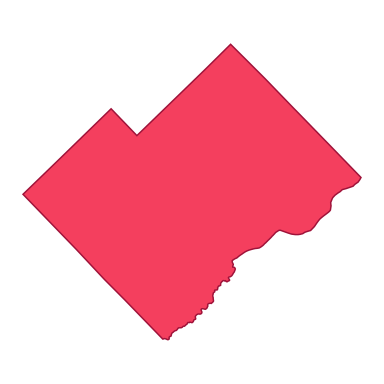 Picún Leufú, Neuquén, Argentina
{"feature_id": "61730980B82324044769491", "entity_name": "Picún Leufú", "entity_type": "district", "adm_level": 2, "iso_a3": "ARG", "parent_name": "Argentina", "parent_adm1": "Neuquén", "projection": "mercator", "projection_center": [-69.301, -39.408], "detail": "fine", "context": "isolated", "style": "filled", "palette": "rose", "viewbox_px": 384, "rotation_deg": 0, "n_neighbors": 0, "source": "geoboundaries", "source_scale": "gbopen_adm2", "svg_char_len": 4672}
<svg xmlns="http://www.w3.org/2000/svg" viewBox="0 0 384 384"><path d="M76.5,249.6L104.4,279.4L124.8,299.9L162.6,338.9L162.8,339.1L163.0,339.1L163.4,338.9L163.8,338.7L164.5,338.6L165.6,338.8L166.4,339.1L167.4,339.6L168.1,339.7L168.5,339.4L169.0,339.2L169.2,338.8L169.1,338.2L169.1,337.6L169.3,337.1L169.4,336.9L169.5,336.9L169.6,336.7L170.0,336.5L170.4,336.4L170.9,336.1L171.1,336.0L171.2,335.3L171.2,335.2L171.3,335.0L171.4,334.9L171.4,334.2L171.7,333.7L172.0,333.1L172.5,332.6L173.1,332.3L173.2,332.2L173.9,331.5L174.6,331.0L174.7,330.9L175.2,330.7L175.8,330.6L176.3,330.4L176.6,330.2L176.9,329.8L177.4,329.3L177.7,328.8L177.7,328.7L178.0,328.4L178.2,328.1L178.5,327.9L178.8,327.9L179.0,327.8L179.8,327.8L180.2,327.7L180.6,327.8L180.9,327.7L181.3,327.7L181.8,327.5L182.3,327.2L182.7,326.7L183.0,326.5L183.3,326.3L183.4,326.2L183.6,326.2L183.8,326.2L184.0,326.2L184.5,326.2L184.9,325.8L185.2,325.6L185.5,325.3L185.6,325.1L185.9,324.9L186.1,324.7L186.7,324.3L187.0,324.1L187.2,323.8L187.2,323.7L187.4,323.2L187.6,322.8L187.7,322.7L187.9,322.5L188.7,322.6L189.4,322.6L189.7,322.3L190.0,322.1L190.9,322.4L191.5,322.6L192.2,322.6L192.5,322.3L193.0,321.9L193.3,321.6L193.5,321.0L193.7,320.4L194.0,319.9L194.4,319.6L194.5,319.5L195.2,319.4L195.5,319.2L195.7,318.8L195.6,318.3L195.5,317.8L195.4,317.4L195.3,317.0L195.4,316.3L195.8,315.7L196.1,315.3L196.8,314.6L197.0,314.5L197.3,314.4L197.5,314.3L198.1,314.0L199.2,314.0L199.7,314.1L200.1,314.1L200.7,313.9L201.3,313.6L201.7,313.1L201.8,312.8L201.9,312.0L201.7,311.5L201.4,310.9L201.2,310.3L201.1,309.8L201.2,309.7L201.3,309.3L201.5,309.0L201.9,308.8L202.3,308.7L203.3,308.8L203.7,308.9L204.3,309.0L205.1,309.3L205.4,309.2L205.5,309.2L206.2,308.8L206.6,308.4L207.0,308.0L207.1,307.8L207.2,307.5L207.3,307.1L207.7,306.5L207.8,306.1L207.8,305.5L207.7,305.3L207.6,305.1L207.7,304.6L207.9,304.2L208.2,303.9L208.3,303.8L208.8,303.5L210.2,303.3L211.1,303.3L211.3,303.4L212.5,302.4L212.9,301.9L213.2,301.7L213.5,301.1L213.5,300.7L213.4,299.9L213.2,299.2L213.2,298.2L213.1,297.2L212.9,296.9L212.8,296.0L212.8,295.1L213.1,294.3L213.2,293.7L213.2,293.3L213.4,293.0L213.6,292.6L214.2,292.2L214.7,291.8L214.8,291.3L214.7,290.8L214.6,290.4L214.9,290.1L215.6,290.0L216.1,290.0L216.6,289.9L217.0,289.9L217.4,289.7L217.5,289.3L217.7,288.8L217.7,288.2L217.6,287.8L217.8,287.5L218.0,287.1L218.2,286.6L218.5,286.1L218.8,286.1L219.2,286.0L219.4,285.9L219.9,285.7L220.4,285.4L220.7,285.1L220.6,284.7L220.6,284.1L220.8,283.2L221.1,282.6L221.5,282.2L221.6,281.9L221.8,281.7L222.4,281.3L222.8,280.8L223.2,280.6L223.8,280.6L224.2,280.7L224.4,280.9L224.6,280.9L224.8,280.9L225.1,280.8L225.3,280.7L225.6,280.7L225.8,280.9L226.0,281.4L226.6,281.7L227.0,281.7L227.3,281.7L227.7,281.4L228.4,281.0L229.2,280.7L229.5,280.5L229.5,280.0L229.4,279.5L228.8,278.7L228.4,277.8L228.4,277.7L228.7,277.3L229.0,277.0L229.9,276.8L230.4,276.7L231.1,276.2L231.6,275.9L232.6,274.6L232.9,273.9L233.0,273.8L233.6,272.8L234.2,272.0L234.4,271.8L234.6,270.9L234.9,270.4L235.0,269.9L235.3,269.0L234.9,268.0L234.5,267.5L234.0,267.3L233.7,267.2L232.8,267.1L232.7,266.2L233.1,265.2L233.3,264.4L232.9,263.5L232.4,262.5L232.2,261.8L232.2,260.7L232.6,260.4L233.1,259.9L234.8,258.8L236.9,257.9L238.6,256.4L240.5,255.0L242.2,253.9L243.0,253.3L244.6,252.2L245.8,251.5L247.2,250.8L247.3,250.8L249.0,250.1L252.2,249.2L253.7,248.8L255.2,248.5L257.1,248.3L258.2,248.1L258.4,248.1L259.3,247.9L261.0,246.9L261.5,246.5L262.5,245.8L263.2,245.2L263.8,244.6L264.3,244.0L264.4,243.9L264.8,243.5L265.7,242.8L266.2,242.3L266.5,241.9L267.2,241.3L267.9,240.5L268.8,239.7L270.9,237.6L271.8,236.6L272.2,236.1L273.0,235.4L273.8,234.5L274.5,233.8L275.6,232.5L276.5,231.9L279.0,230.3L280.2,230.3L280.5,230.3L283.3,231.3L287.8,232.9L289.4,233.4L290.5,233.8L291.7,234.1L293.1,234.3L293.9,234.4L294.6,234.5L295.7,234.6L296.2,234.6L297.3,234.6L298.2,234.6L299.1,234.4L299.8,234.4L301.3,234.0L302.2,233.8L302.8,233.6L303.7,233.0L305.0,232.2L307.1,231.5L308.7,231.0L310.6,230.5L313.4,227.6L313.9,227.1L314.8,226.0L315.3,225.2L317.3,222.3L318.8,220.3L318.9,220.2L319.9,219.0L321.6,217.5L323.7,215.8L326.4,213.8L328.7,212.0L329.9,210.8L330.4,210.1L331.0,206.0L331.0,205.2L330.9,205.1L330.8,203.8L330.8,203.7L330.7,202.5L331.6,200.2L331.8,199.8L331.8,199.7L332.7,197.7L335.0,195.2L335.8,194.6L337.8,193.1L338.9,192.4L339.9,191.8L340.2,191.6L342.3,189.6L346.4,188.5L346.6,188.4L350.8,187.0L353.1,186.2L354.3,184.9L354.5,184.7L354.9,184.3L357.2,182.7L358.0,182.2L358.5,181.5L358.9,180.9L359.8,179.7L361.0,177.5L360.8,177.3L338.3,154.1L299.0,113.7L293.3,107.9L265.2,78.8L230.6,44.3L230.2,44.7L205.3,69.3L136.9,135.6L111.1,108.8L59.3,159.2L23.0,194.3L76.5,249.6Z" fill="#f43f5e" stroke="#9f1239" stroke-width="1.5"/></svg>